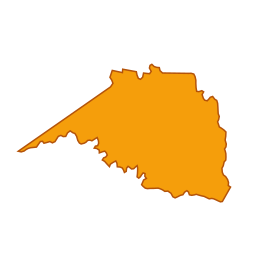 outline of Rio das Antas, Santa Catarina, Brazil, rotated 185°
{"feature_id": "56859067B48029334422149", "entity_name": "Rio das Antas", "entity_type": "district", "adm_level": 2, "iso_a3": "BRA", "parent_name": "Brazil", "parent_adm1": "Santa Catarina", "projection": "equal_earth", "projection_center": [-51.055, -26.911], "detail": "fine", "context": "isolated", "style": "filled", "palette": "amber", "viewbox_px": 256, "rotation_deg": 185, "n_neighbors": 0, "source": "geoboundaries", "source_scale": "gbopen_adm2", "svg_char_len": 2370}
<svg xmlns="http://www.w3.org/2000/svg" viewBox="0 0 256 256"><g transform="rotate(185 128 128)"><path d="M20.7,78.1L23.1,79.4L23.1,82.4L24.3,85.3L26.5,88.1L28.8,89.5L30.2,92.1L30.9,96.1L29.8,98.7L29.3,102.5L27.8,104.6L27.9,107.6L28.3,111.0L29.0,113.2L30.0,115.5L28.8,117.7L28.7,120.6L30.2,124.5L29.9,128.2L30.1,132.6L32.3,134.4L35.2,136.1L37.1,137.0L38.1,139.3L39.3,142.0L38.4,144.4L38.1,147.5L39.4,150.1L39.8,152.9L40.3,156.7L40.9,160.5L42.0,163.2L44.1,164.2L46.4,166.8L48.7,165.8L49.9,164.0L51.5,162.0L54.1,162.4L55.5,164.1L57.1,167.7L55.8,170.6L57.7,171.6L60.6,170.4L62.8,170.5L63.7,174.0L64.3,178.2L64.6,181.6L65.7,185.1L67.2,187.5L69.9,188.0L72.5,187.7L98.4,185.8L101.1,187.9L102.1,190.9L104.7,190.9L107.3,191.5L109.8,193.5L111.5,192.3L111.9,189.6L109.8,186.4L111.2,184.0L114.1,184.0L117.3,184.1L117.8,179.9L119.8,177.6L122.0,178.3L123.7,181.7L124.6,184.8L138.4,186.1L138.4,182.7L148.7,184.0L150.4,176.9L148.3,174.2L146.9,171.2L149.0,167.4L235.3,95.3L232.3,94.9L229.5,96.0L227.6,97.7L225.4,99.1L223.2,99.9L220.5,100.4L217.5,101.0L215.6,104.4L214.1,106.9L212.0,107.3L210.4,105.5L208.1,106.3L204.6,107.7L202.0,106.6L199.5,108.1L198.0,111.1L196.7,113.6L194.2,114.8L191.8,113.8L189.3,114.2L187.8,117.9L185.4,120.1L182.6,118.5L180.4,117.9L178.5,115.3L176.9,111.2L175.1,108.8L173.3,108.0L170.4,109.0L168.7,110.1L167.1,112.1L164.9,112.6L162.8,112.1L160.1,114.2L157.9,115.8L156.4,112.9L155.9,110.3L156.7,107.7L158.9,107.1L159.9,105.0L157.4,104.9L154.7,103.4L154.4,100.7L151.4,102.1L149.1,102.9L147.6,101.6L146.3,99.2L147.7,97.1L149.7,96.1L150.8,93.9L148.3,92.7L145.8,90.3L143.1,87.9L142.4,90.4L140.2,92.2L137.3,94.1L135.9,91.8L135.3,88.4L132.3,88.4L130.1,87.6L128.7,85.5L127.7,83.4L126.0,84.6L125.9,87.9L124.6,89.8L122.8,88.8L120.9,87.5L118.8,87.9L117.2,89.8L115.6,91.3L114.9,89.0L114.7,86.1L114.6,83.2L114.7,80.1L112.9,79.0L111.4,80.5L110.4,82.5L109.0,84.6L107.1,84.1L107.0,81.3L105.3,79.4L107.9,77.6L108.6,75.4L109.5,72.7L107.9,71.2L105.6,69.6L103.4,69.3L101.1,69.7L98.3,70.0L96.3,70.2L94.5,70.5L92.6,70.7L90.8,70.3L88.4,69.5L85.8,68.1L82.7,68.6L79.5,66.7L77.3,63.4L75.0,62.5L73.3,63.4L71.5,64.5L69.9,65.5L67.5,66.3L66.0,69.0L63.9,70.7L62.2,69.5L61.0,66.8L58.8,66.5L56.3,67.1L54.2,67.9L51.5,67.3L48.7,66.8L46.2,66.5L44.1,65.7L40.9,64.5L38.7,65.1L36.8,65.0L34.6,64.3L31.9,63.3L29.5,62.5L27.6,63.0L20.7,78.1Z" fill="#f59e0b" stroke="#b45309" stroke-width="1.5"/></g></svg>